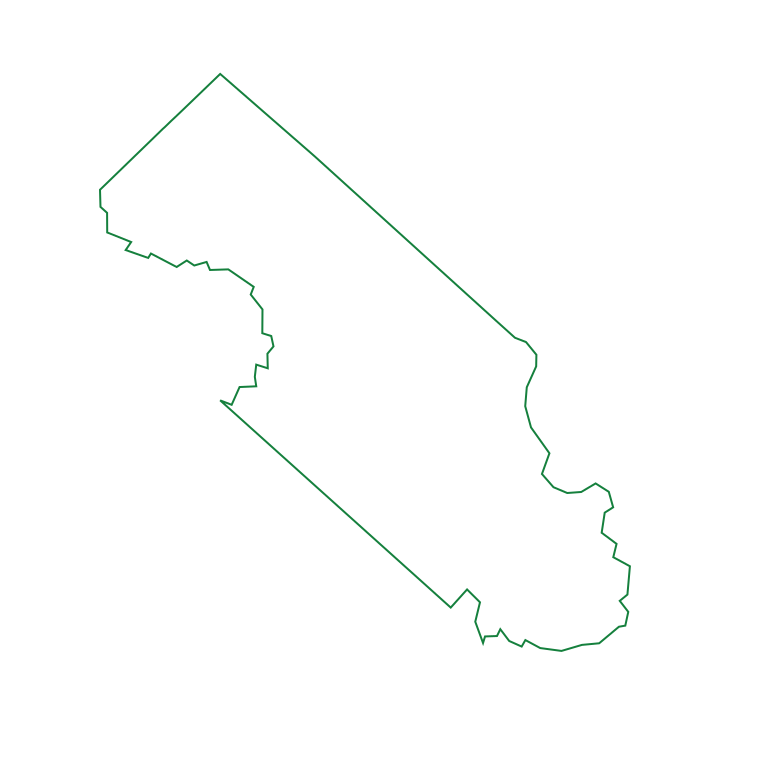 Columbia, Florida, United States of America, rotated 312°
{"feature_id": "52423323B5286931917033", "entity_name": "Columbia", "entity_type": "district", "adm_level": 2, "iso_a3": "USA", "parent_name": "United States of America", "parent_adm1": "Florida", "projection": "natural_earth1", "projection_center": [-82.645, 30.212], "detail": "fine", "context": "isolated", "style": "outline", "palette": "green", "viewbox_px": 768, "rotation_deg": 312, "n_neighbors": 0, "source": "geoboundaries", "source_scale": "gbopen_adm2", "svg_char_len": 1112}
<svg xmlns="http://www.w3.org/2000/svg" viewBox="0 0 768 768"><g transform="rotate(312 384 384)"><path d="M414.8,48.2L338.5,43.0L338.3,43.0L325.9,54.8L325.9,63.7L311.4,76.9L320.3,101.1L310.7,102.4L319.9,124.4L325.0,123.5L332.2,151.6L343.8,154.8L345.1,163.7L356.0,170.5L352.3,178.4L365.0,191.6L369.0,222.2L361.3,225.1L358.1,243.8L340.3,259.6L344.2,268.1L338.0,276.7L328.5,277.1L317.9,287.1L312.9,276.1L302.9,283.2L296.8,290.6L285.1,278.7L266.6,284.7L262.2,273.2L262.5,583.2L286.9,583.2L286.0,601.4L268.4,610.9L257.8,630.9L264.0,628.0L272.3,636.6L279.6,634.5L276.8,649.0L281.0,662.0L288.3,660.4L292.3,676.8L304.4,694.5L322.6,705.7L335.3,717.4L360.8,721.0L365.9,725.0L378.1,718.0L380.6,704.3L390.4,705.8L413.1,688.7L408.7,670.3L420.8,663.8L419.1,645.3L436.1,634.1L445.7,636.8L454.3,623.2L451.7,607.8L435.7,602.8L425.6,593.1L420.7,579.0L422.8,561.6L443.2,553.3L450.1,522.3L462.0,503.8L477.1,492.3L498.9,485.3L507.7,477.7L510.2,461.5L506.0,450.4L506.0,425.6L506.8,179.8L504.8,54.8L457.6,51.4L449.4,50.8L443.0,50.3L437.1,49.8L428.2,49.2L425.5,48.9L414.8,48.2Z" fill="none" stroke="#15803d" stroke-width="2"/></g></svg>